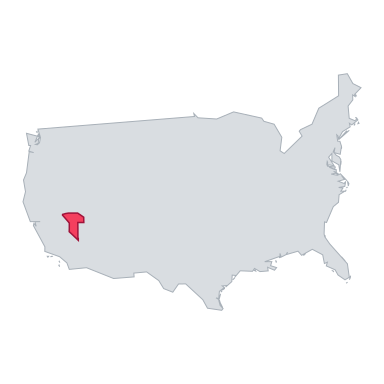 location of Nye, Nevada, United States of America
{"feature_id": "52423323B59835765201316", "entity_name": "Nye", "entity_type": "district", "adm_level": 2, "iso_a3": "USA", "parent_name": "United States of America", "parent_adm1": "Nevada", "projection": "albers", "projection_center": [-116.514, 37.564], "detail": "fine", "context": "in_parent", "style": "filled", "palette": "rose", "viewbox_px": 384, "rotation_deg": 0, "n_neighbors": 0, "source": "geoboundaries", "source_scale": "gbopen_adm2", "svg_char_len": 4194}
<svg xmlns="http://www.w3.org/2000/svg" viewBox="0 0 384 384"><path d="M318.8,108.2L338.6,95.8L338.4,75.1L347.3,73.7L352.9,83.6L361.0,87.7L354.6,94.4L355.1,96.5L352.6,94.9L352.8,99.9L348.1,106.0L349.2,118.3L354.9,120.7L357.0,118.9L355.4,117.4L356.6,117.9L357.9,119.9L351.8,124.9L349.4,123.3L350.2,126.8L342.6,131.6L338.5,138.7L338.0,136.0L336.7,134.8L337.7,141.2L339.9,141.3L341.5,146.3L340.2,154.3L334.1,152.6L335.0,147.6L333.2,151.7L336.3,155.3L339.2,156.9L340.8,159.5L339.9,171.8L338.8,164.8L331.9,160.9L331.9,153.4L328.6,157.2L334.1,165.7L328.9,164.8L327.6,165.7L327.6,162.2L327.2,161.4L326.8,164.3L327.5,166.2L335.3,167.0L334.6,169.3L330.5,167.3L329.2,167.2L334.3,169.5L336.2,169.6L336.3,172.3L333.6,171.4L338.1,173.6L337.6,174.4L335.4,173.2L331.2,174.1L337.4,175.3L340.4,173.8L347.2,180.9L341.6,175.6L344.3,179.5L338.2,181.2L344.2,183.5L345.7,181.4L344.8,186.4L338.7,187.5L343.0,188.0L340.9,191.2L344.9,191.1L339.1,194.7L338.5,202.3L333.3,206.6L326.5,222.5L324.5,221.9L324.1,234.0L324.7,236.7L329.7,243.9L347.4,263.8L349.3,277.3L345.0,279.8L338.0,275.0L335.1,269.8L326.3,265.9L327.4,262.2L324.4,263.5L322.7,254.8L312.3,249.3L301.6,255.3L298.0,251.2L286.6,254.5L287.5,252.1L286.1,254.6L281.2,257.1L280.0,253.4L280.0,256.3L264.7,261.7L271.8,261.6L270.6,265.7L276.6,267.6L274.5,270.2L267.6,267.3L268.2,270.9L260.0,271.6L254.5,268.4L252.5,271.3L240.2,270.8L234.7,277.3L236.1,275.5L232.2,275.1L231.8,281.6L225.6,287.1L227.0,285.5L222.2,285.9L224.3,287.6L219.4,291.3L218.7,298.5L216.0,297.9L218.5,299.3L220.1,305.4L223.1,308.6L221.7,310.3L207.5,308.2L202.8,299.7L185.7,283.9L178.5,284.0L172.8,292.2L163.7,288.6L158.8,280.6L146.6,271.9L133.8,273.1L134.1,276.9L113.6,278.5L86.5,267.7L69.3,269.4L66.9,262.9L59.6,256.7L44.8,251.4L44.9,246.8L33.4,225.6L33.9,223.4L36.2,226.3L34.9,221.7L40.2,221.6L30.3,221.6L23.0,201.8L25.5,191.7L23.5,180.0L26.5,172.8L29.2,151.7L33.7,152.6L28.8,151.1L30.6,145.5L28.8,145.5L26.5,133.3L37.5,136.2L34.9,142.3L38.8,138.1L38.2,143.3L35.5,144.4L37.3,144.8L39.5,142.8L40.5,137.5L37.9,129.1L194.5,116.5L193.8,113.5L198.0,117.8L216.7,119.0L233.6,111.9L261.7,118.1L263.9,121.3L274.1,124.2L281.8,137.3L280.1,150.8L284.2,153.5L302.1,136.1L299.2,131.2L300.6,129.6L312.0,124.2L318.8,108.2ZM346.1,132.7L349.3,130.3L338.6,139.7L346.8,130.7L346.1,132.7ZM38.5,134.2L39.8,137.6L39.6,138.1L37.7,135.5L38.5,134.2ZM222.7,307.6L219.8,302.6L219.3,299.5L220.2,302.7L222.7,307.6ZM355.6,94.4L356.3,95.9L355.6,95.9L355.6,94.4ZM255.1,269.9L255.7,271.1L254.2,270.4L255.1,269.9ZM50.4,256.8L52.1,256.2L52.3,256.4L50.4,256.8ZM48.6,256.3L47.9,257.2L47.3,256.3L48.6,256.3ZM355.0,123.5L354.6,125.0L354.2,124.9L355.0,123.5ZM219.7,296.4L219.2,299.1L220.6,293.8L219.7,296.4ZM341.9,257.2L345.3,261.1L341.4,256.8L341.9,257.2ZM59.2,261.2L59.9,262.6L59.1,261.3L59.2,261.2ZM350.3,277.7L349.4,279.7L350.6,275.7L350.3,277.7ZM348.9,183.6L348.3,186.0L347.5,181.2L348.9,183.6ZM37.1,131.4L37.1,132.4L36.5,131.9L37.1,131.4ZM224.5,288.6L222.2,290.2L224.5,288.2L224.5,288.6ZM358.5,122.3L359.0,123.4L357.9,123.7L358.5,122.3ZM59.1,265.0L59.6,266.7L58.8,265.2L59.1,265.0ZM221.8,291.3L220.9,292.1L221.6,291.0L221.8,291.3ZM341.1,161.6L340.8,164.7L340.9,160.6L341.1,161.6ZM234.2,278.5L232.8,279.8L234.8,277.6L234.2,278.5ZM324.9,235.1L325.3,237.2L324.7,235.9L324.9,235.1ZM345.6,191.2L345.3,191.7L346.1,189.7L345.6,191.2ZM305.6,253.5L304.0,255.1L303.2,255.2L305.6,253.5ZM280.4,257.0L280.2,257.5L279.0,257.7L280.4,257.0ZM333.0,270.8L333.8,272.0L332.6,270.7L333.0,270.8ZM276.3,261.3L276.3,262.6L275.6,260.4L276.3,261.3ZM347.1,282.6L346.1,283.2L347.5,282.2L347.1,282.6ZM341.6,147.3L341.5,148.8L341.5,146.7L341.6,147.3ZM347.4,186.9L347.0,187.6L346.8,187.6L347.4,186.9Z" fill="#d9dde1" stroke="#a8b0b8" stroke-width="1"/><path d="M73.1,213.1L71.6,213.1L68.3,213.1L65.3,213.6L64.8,213.8L62.6,214.4L62.5,215.1L65.8,218.9L68.8,222.4L68.8,222.5L69.0,222.6L69.3,223.0L69.3,228.3L69.2,231.7L69.5,231.9L69.9,232.4L70.4,232.8L73.5,235.7L73.8,236.0L74.6,236.8L75.5,237.6L76.5,238.6L77.8,239.8L77.9,240.0L78.2,240.2L78.3,240.3L78.3,238.9L78.3,238.5L77.9,238.5L77.9,232.8L77.9,232.6L77.9,229.1L77.8,222.5L83.8,222.5L83.7,217.2L79.8,214.5L79.7,214.5L77.7,213.1L77.1,213.1L73.1,213.1Z" fill="#f43f5e" stroke="#9f1239" stroke-width="1.5"/></svg>